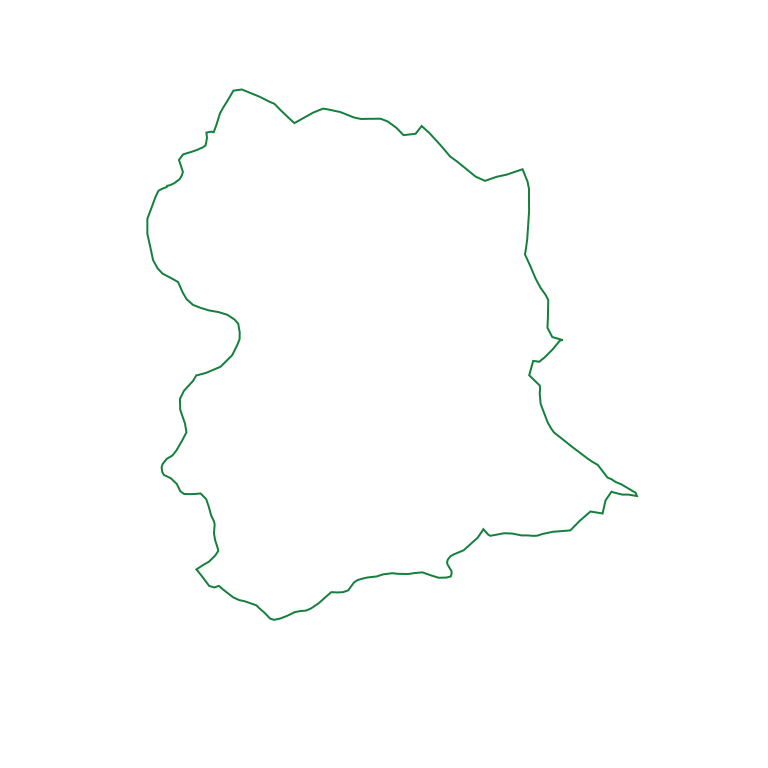 the district of Rawanduz, Arbil, Iraq, rotated 197°
{"feature_id": "34846034B23954207715880", "entity_name": "Rawanduz", "entity_type": "district", "adm_level": 2, "iso_a3": "IRQ", "parent_name": "Iraq", "parent_adm1": "Arbil", "projection": "natural_earth1", "projection_center": [44.626, 36.804], "detail": "fine", "context": "isolated", "style": "outline", "palette": "green", "viewbox_px": 768, "rotation_deg": 197, "n_neighbors": 0, "source": "geoboundaries", "source_scale": "gbopen_adm2", "svg_char_len": 3106}
<svg xmlns="http://www.w3.org/2000/svg" viewBox="0 0 768 768"><g transform="rotate(197 384 384)"><path d="M109.4,350.8L111.7,353.7L114.4,354.2L128.0,357.5L133.8,358.0L138.8,359.5L143.0,359.9L155.8,369.1L162.0,370.5L166.6,371.9L185.2,378.7L202.2,385.4L207.2,387.3L211.0,390.2L216.1,395.0L219.5,399.3L228.4,410.8L232.3,420.4L233.4,425.2L234.6,428.1L247.7,434.8L248.1,449.7L241.9,450.7L240.8,452.6L238.4,456.0L233.0,466.1L228.4,477.1L225.8,478.3L236.8,478.1L244.1,485.5L246.2,493.7L251.5,512.4L255.3,516.3L262.6,521.9L270.0,529.3L277.6,538.4L287.1,549.2L287.8,554.9L289.5,564.9L295.8,591.8L297.8,598.0L302.4,613.0L305.9,619.5L314.3,629.9L328.0,620.0L336.7,615.2L346.8,607.8L353.8,608.7L357.0,609.1L379.4,618.2L387.1,620.8L399.3,628.6L414.0,637.3L423.4,641.7L423.5,641.4L427.0,632.5L438.1,627.7L446.8,632.5L451.5,634.2L457.0,636.1L464.7,636.7L474.4,633.7L483.6,630.7L490.8,630.1L505.4,631.3L511.0,630.8L518.9,630.1L522.8,629.5L531.0,622.9L540.2,613.3L546.0,607.3L549.4,608.9L554.7,611.5L563.0,615.7L570.7,619.9L576.5,620.5L586.7,622.3L606.0,624.1L613.8,620.5L616.2,610.3L618.6,601.3L620.0,594.7L620.0,583.3L620.5,574.9L622.9,574.9L627.3,572.5L625.3,567.7L624.8,564.1L624.4,559.9L626.3,557.5L631.1,553.3L636.0,549.7L643.2,544.9L645.6,538.3L641.7,532.9L638.3,528.0L638.3,524.4L638.4,524.1L639.3,520.2L643.2,514.8L646.5,511.8L649.4,510.0L649.4,508.8L653.3,505.8L656.2,502.8L657.2,496.2L658.1,480.6L658.6,472.8L654.2,458.4L647.4,446.4L641.1,435.0L634.3,428.4L628.1,424.8L615.5,422.4L610.6,421.2L603.4,412.8L597.6,407.4L589.8,403.8L582.1,403.2L572.9,403.2L563.3,404.4L558.3,404.4L554.1,404.4L545.9,402.0L541.0,399.0L537.1,391.2L535.2,384.6L535.7,378.6L537.6,367.2L545.3,352.8L557.4,342.6L566.1,337.2L567.5,331.2L573.3,319.1L574.8,310.1L571.4,299.9L562.7,287.9L558.8,280.1L560.7,269.9L563.1,259.7L565.5,253.7L569.9,248.9L572.3,242.9L572.3,239.3L570.4,235.1L567.9,232.7L560.2,231.5L553.0,227.9L547.4,221.9L543.2,220.4L537.4,221.9L532.0,223.8L527.4,225.7L520.4,221.9L515.8,215.6L510.7,207.5L506.5,203.1L504.9,200.3L503.0,191.6L499.9,185.4L494.9,178.2L493.7,175.8L495.3,170.5L499.5,162.8L504.1,158.0L509.2,151.8L506.8,150.3L499.9,145.5L492.2,139.8L486.8,139.8L482.9,142.7L477.5,140.3L465.9,135.9L459.3,135.0L453.9,135.5L441.2,135.0L438.5,133.5L431.2,130.2L424.2,126.3L420.3,126.3L414.9,129.2L408.8,134.0L402.6,139.8L399.9,141.2L398.0,142.2L392.2,144.6L388.3,147.9L382.1,155.6L377.5,163.3L373.6,169.5L367.8,171.0L362.4,172.9L357.8,176.3L356.2,181.1L354.7,185.4L352.0,188.7L348.5,191.1L343.5,194.0L334.6,197.9L329.2,201.7L320.7,205.5L315.3,206.5L305.2,209.4L299.1,212.3L292.1,215.1L282.8,214.7L275.1,214.7L267.8,217.1L263.9,219.5L263.9,222.3L264.7,224.7L267.8,227.6L270.5,230.0L271.6,231.9L271.6,234.8L270.1,238.7L267.4,241.5L259.2,248.3L252.3,259.8L249.6,264.1L247.6,270.4L246.7,273.3L246.5,274.2L240.3,270.4L238.0,269.9L231.4,273.3L225.5,276.4L217.5,278.5L208.4,279.4L202.8,281.1L196.9,282.4L193.0,283.8L188.8,286.8L179.4,292.0L163.0,298.5L156.7,310.6L155.7,312.1L149.3,322.4L137.1,324.1L138.1,337.5L135.0,347.5L131.5,347.5L123.8,347.9L117.9,349.7L109.4,350.8Z" fill="none" stroke="#15803d" stroke-width="2"/></g></svg>